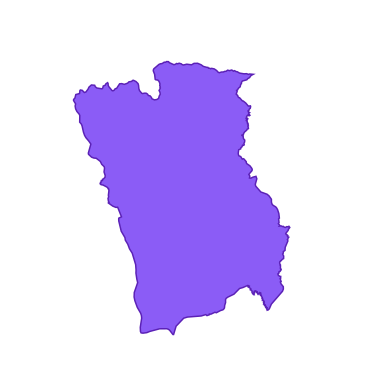 the district of Khon Buri, Nakhon Ratchasima, Thailand, rotated 156°
{"feature_id": "78962969B59767339718712", "entity_name": "Khon Buri", "entity_type": "district", "adm_level": 2, "iso_a3": "THA", "parent_name": "Thailand", "parent_adm1": "Nakhon Ratchasima", "projection": "natural_earth1", "projection_center": [102.149, 14.385], "detail": "fine", "context": "isolated", "style": "filled", "palette": "violet", "viewbox_px": 384, "rotation_deg": 156, "n_neighbors": 0, "source": "geoboundaries", "source_scale": "gbopen_adm2", "svg_char_len": 6007}
<svg xmlns="http://www.w3.org/2000/svg" viewBox="0 0 384 384"><g transform="rotate(156 192 192)"><path d="M165.1,57.3L149.7,64.5L148.0,66.2L147.1,68.4L148.0,71.9L148.0,73.4L147.8,74.0L147.0,73.9L146.7,77.0L146.2,77.0L145.3,78.8L146.3,79.4L146.7,80.5L147.0,80.6L146.9,82.2L145.5,82.6L145.2,83.6L143.9,83.6L143.4,84.1L142.8,84.2L142.6,84.8L142.1,84.9L142.0,85.5L142.4,86.0L141.1,88.8L141.3,89.2L140.9,89.6L141.1,89.9L140.8,91.6L140.0,92.7L139.1,92.8L138.9,93.1L138.3,93.1L136.8,93.8L135.4,93.9L134.3,96.2L134.4,98.5L133.5,99.0L132.8,100.4L130.8,100.8L129.4,103.5L124.3,108.3L124.2,109.8L123.5,110.0L122.8,111.1L122.0,111.4L122.8,112.4L122.8,112.8L122.2,113.3L122.6,113.7L122.6,114.4L123.2,114.9L123.2,116.0L119.8,117.8L119.2,118.6L117.1,119.8L117.4,121.1L117.8,120.8L119.5,121.8L121.0,121.6L121.9,122.2L122.6,123.5L123.3,123.6L124.5,124.9L125.9,125.3L125.5,125.5L125.5,126.4L126.0,127.9L124.9,128.7L123.8,132.2L122.8,132.6L121.4,137.1L121.0,141.2L121.2,143.1L121.6,144.4L123.1,146.5L123.8,147.9L123.6,150.3L122.4,153.1L123.2,157.1L124.3,159.4L129.1,164.0L131.4,171.4L131.2,172.8L130.8,173.6L127.4,177.7L127.2,180.3L130.4,180.8L132.6,180.7L133.8,181.4L132.7,183.0L132.9,185.0L128.5,187.1L127.9,187.9L127.7,189.1L128.4,192.3L130.4,195.6L130.5,196.7L130.1,197.6L131.1,201.0L131.7,201.6L132.7,201.6L133.1,204.6L134.5,206.1L134.5,206.6L134.1,208.4L132.2,211.6L130.0,211.6L129.2,212.7L128.0,212.9L126.8,214.2L125.9,213.6L125.1,213.9L124.9,215.1L123.5,216.4L122.7,218.0L123.1,218.9L123.2,220.3L122.5,222.4L123.4,223.3L123.2,223.7L121.7,223.5L121.2,224.3L119.6,225.4L116.9,226.2L115.9,227.0L114.9,226.9L114.5,227.2L114.2,229.4L113.6,229.5L113.6,230.4L113.1,231.0L113.5,231.7L112.9,232.1L113.3,232.8L112.7,234.5L113.3,234.9L113.3,235.4L112.7,235.8L111.8,235.7L111.2,236.3L111.5,236.7L112.5,236.7L112.6,237.4L111.7,237.9L111.5,238.6L110.7,239.2L109.7,239.1L108.7,238.4L107.9,238.5L108.0,239.1L109.1,239.4L109.2,239.7L108.2,239.9L108.2,241.1L107.1,241.1L107.9,242.6L107.8,243.3L106.8,243.4L106.1,244.3L104.7,244.8L103.7,246.2L103.6,246.9L105.6,247.6L106.7,251.4L108.2,254.3L108.9,254.7L110.2,258.8L110.9,259.3L111.2,260.3L111.0,261.6L111.8,263.4L109.8,265.6L109.9,266.7L108.9,266.7L107.4,267.9L105.2,268.5L103.7,270.6L102.8,270.8L102.3,271.9L100.9,272.9L96.3,272.2L94.9,272.9L92.9,273.1L90.7,274.4L88.2,274.6L91.4,276.4L92.6,276.5L94.0,277.9L96.4,278.8L100.2,281.3L101.7,283.4L102.9,284.2L103.7,285.5L105.1,285.6L105.5,286.6L106.4,287.4L108.2,287.5L109.9,288.8L111.8,288.4L113.0,288.9L114.6,288.9L116.2,289.6L118.6,289.9L119.4,290.8L120.1,293.0L121.6,295.4L123.8,297.0L124.8,297.0L125.5,297.9L126.5,298.3L126.8,299.4L127.6,299.7L130.5,302.1L131.9,304.5L134.5,307.3L137.9,308.7L140.7,308.4L144.8,310.9L148.1,311.5L149.1,312.3L149.7,313.5L151.4,314.9L152.8,314.9L153.9,315.7L155.4,315.4L156.8,315.7L160.2,319.5L160.4,320.6L162.2,321.5L163.5,321.3L164.6,321.9L167.0,321.5L168.8,322.0L170.3,322.0L176.7,320.1L177.7,319.2L178.1,318.4L178.3,314.7L179.8,309.9L179.5,309.3L177.7,308.1L177.1,306.3L177.3,303.8L178.2,302.3L178.1,301.5L178.7,300.7L178.6,299.9L180.8,298.1L180.7,296.3L181.2,294.3L182.8,293.1L184.5,291.1L186.4,290.8L188.8,291.4L190.7,293.5L190.6,294.9L191.2,296.9L192.6,297.9L192.8,299.5L193.6,300.8L194.9,301.5L197.2,302.1L197.8,302.7L198.7,306.0L198.5,308.1L197.4,311.3L197.2,313.0L198.3,315.8L200.1,317.9L201.0,318.1L202.1,317.6L204.8,318.3L206.6,317.6L210.1,317.9L212.1,319.6L214.1,320.3L218.8,317.3L220.1,317.6L221.9,316.6L223.1,316.6L223.8,317.2L225.2,322.3L225.1,323.9L224.6,324.8L224.6,326.2L226.6,325.9L227.8,324.9L230.0,324.9L231.2,323.3L232.3,322.9L236.6,325.7L237.5,327.4L237.5,329.1L240.4,330.7L243.5,329.7L245.2,328.2L248.3,326.5L249.9,326.7L250.9,329.5L252.5,330.6L253.1,330.3L254.7,327.7L258.5,328.3L260.7,325.5L262.5,324.7L263.0,323.7L262.5,319.8L263.8,318.1L264.5,315.3L264.4,312.4L263.4,308.9L263.4,307.5L266.2,301.5L265.5,299.2L265.5,297.3L266.8,290.9L267.1,287.4L266.8,284.7L265.6,280.6L264.9,276.9L270.9,269.7L271.2,268.5L269.6,264.7L267.8,262.9L265.8,261.8L263.7,258.0L263.3,257.0L263.2,254.0L261.9,250.8L262.3,249.2L264.2,246.1L264.6,242.4L265.5,240.8L267.5,240.0L268.5,240.0L268.8,239.3L269.2,239.3L269.3,239.0L270.2,239.3L271.1,238.0L271.5,238.0L271.6,237.5L272.0,237.6L272.6,236.9L272.1,235.7L270.4,234.5L267.8,231.2L267.3,230.3L267.3,229.1L266.9,229.0L267.3,227.1L269.7,223.1L270.1,221.6L271.5,220.0L271.7,218.6L272.1,218.0L272.0,216.3L272.7,216.3L272.9,216.0L270.1,211.3L267.8,208.9L266.1,208.3L266.5,198.0L269.5,197.9L269.9,197.3L270.7,195.2L272.6,185.0L271.8,177.6L272.5,175.1L271.9,170.5L272.2,165.5L271.5,160.4L273.0,148.6L274.8,143.6L276.2,140.7L277.8,135.0L278.5,131.3L285.6,123.7L287.6,119.6L288.4,115.9L288.9,108.9L288.2,102.1L288.5,99.6L289.3,97.2L294.3,89.4L295.8,85.6L295.8,84.0L294.2,83.0L290.5,81.9L287.3,81.8L277.2,80.2L270.8,77.4L269.7,76.5L268.7,75.0L267.4,69.6L266.8,69.3L261.1,75.9L250.9,80.1L247.0,79.6L234.0,75.0L229.3,74.4L228.6,73.0L226.0,72.8L225.8,73.4L224.3,72.7L220.0,72.8L218.9,71.8L214.2,72.1L211.7,71.8L210.7,72.1L209.5,72.9L208.2,75.2L206.3,77.3L205.1,80.1L204.0,81.0L201.9,81.4L195.2,81.6L187.8,84.5L184.2,84.0L179.2,84.0L178.5,83.5L178.7,83.2L179.3,83.5L179.4,82.5L178.9,82.2L178.2,82.9L177.9,82.6L178.8,81.7L177.7,79.9L177.7,79.4L178.5,79.0L178.0,78.5L178.0,77.9L177.4,77.0L178.1,75.7L177.8,74.2L177.1,74.5L177.6,73.5L177.3,73.0L177.0,72.9L177.0,73.6L176.6,74.1L175.8,74.4L175.6,75.9L174.6,76.0L174.4,75.5L174.0,75.6L173.1,74.5L173.7,74.0L173.2,73.7L173.5,72.9L173.3,71.8L172.7,72.3L172.0,72.3L172.0,71.5L171.5,71.5L170.9,72.5L170.3,71.9L170.6,71.0L170.9,71.2L170.9,70.6L171.5,69.9L171.4,69.6L170.8,69.6L170.8,68.5L171.1,67.9L170.7,67.0L170.9,66.3L171.3,66.1L170.9,65.8L171.0,65.2L171.6,64.5L171.1,64.4L170.6,62.9L171.4,62.7L171.5,62.3L170.9,62.2L170.9,61.8L171.6,61.5L171.5,61.1L172.2,60.5L172.0,60.2L171.5,60.4L171.3,59.6L171.9,59.1L171.6,58.2L171.2,58.3L171.5,57.4L171.0,57.2L171.5,56.6L171.1,56.2L171.3,55.6L170.6,55.5L171.3,54.5L171.4,53.5L170.6,53.6L170.5,53.3L168.9,53.8L165.1,57.3Z" fill="#8b5cf6" stroke="#5b21b6" stroke-width="1.5"/></g></svg>